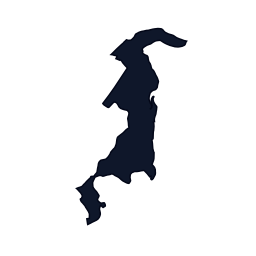 the district of Sibiu, Sibiu, Romania, rotated 201°
{"feature_id": "2599482B4700394891348", "entity_name": "Sibiu", "entity_type": "district", "adm_level": 2, "iso_a3": "ROU", "parent_name": "Romania", "parent_adm1": "Sibiu", "projection": "mercator", "projection_center": [23.934, 45.655], "detail": "fine", "context": "isolated", "style": "filled", "palette": "ink", "viewbox_px": 256, "rotation_deg": 201, "n_neighbors": 0, "source": "geoboundaries", "source_scale": "gbopen_adm2", "svg_char_len": 5722}
<svg xmlns="http://www.w3.org/2000/svg" viewBox="0 0 256 256"><g transform="rotate(201 128 128)"><path d="M140.1,61.1L140.2,61.6L140.6,62.4L141.1,63.5L141.3,63.9L141.5,64.7L141.5,65.5L141.5,66.8L141.4,67.5L141.3,69.2L141.2,70.2L140.7,70.8L139.5,71.9L138.3,73.0L137.4,73.6L136.2,74.0L135.3,74.0L134.2,74.0L133.1,74.7L132.2,75.5L130.6,76.7L128.2,78.1L127.1,79.1L126.8,79.3L125.8,79.5L125.1,79.5L124.3,79.3L123.0,79.0L120.5,78.8L118.7,78.5L116.8,77.8L115.8,77.4L113.9,76.8L110.6,76.4L109.0,76.3L107.4,76.6L107.1,77.1L106.7,79.1L106.8,79.9L107.2,80.5L108.2,82.1L108.5,82.8L109.0,84.6L109.1,85.6L109.0,86.3L108.8,86.8L108.5,87.5L108.2,87.9L106.3,89.7L103.6,90.8L101.9,91.8L100.4,92.8L98.0,94.1L97.4,94.0L93.7,92.3L90.2,90.2L89.4,91.2L88.8,90.0L88.5,88.7L88.0,88.3L87.7,88.2L87.4,88.2L87.2,88.3L86.8,88.8L86.6,89.4L86.4,89.8L86.3,90.7L85.9,94.1L86.0,94.5L86.1,95.2L86.4,96.1L86.8,96.9L87.3,98.1L87.7,99.0L89.0,100.5L89.5,100.9L90.0,101.2L92.2,102.4L92.7,102.9L92.5,103.6L92.6,107.1L92.9,108.8L93.7,111.1L94.9,114.4L95.7,115.1L96.8,116.7L97.4,117.5L98.3,119.4L99.8,122.6L101.6,125.8L100.9,126.6L100.9,127.3L102.4,131.6L103.0,133.5L103.2,134.9L104.3,138.7L105.5,141.4L106.5,142.6L105.5,143.4L105.9,144.0L106.2,144.8L106.7,145.9L107.0,148.2L107.0,150.3L107.1,151.3L107.7,153.8L107.9,155.2L108.2,156.1L108.5,157.4L108.6,157.7L109.0,158.4L111.2,159.7L112.6,160.8L113.5,161.6L114.8,163.5L115.1,164.5L115.2,165.3L115.2,165.8L115.0,166.1L115.0,166.4L115.2,166.6L115.6,166.6L115.8,166.5L116.2,165.7L116.4,164.2L116.4,163.3L115.9,161.4L113.6,158.1L113.3,157.3L113.2,156.6L113.2,155.2L113.4,154.3L113.6,153.9L113.8,153.8L114.0,153.9L113.9,154.2L113.5,155.3L113.6,156.1L113.9,156.9L114.3,157.5L115.4,158.6L116.6,159.7L118.2,161.7L118.8,162.6L119.5,164.8L119.9,168.5L119.1,170.7L117.7,172.6L116.7,173.1L115.9,174.1L115.5,175.3L115.3,176.5L115.8,178.7L116.0,180.7L116.2,182.2L116.8,183.1L118.2,184.8L119.5,186.1L120.9,187.2L123.1,189.4L124.7,190.7L125.4,191.1L125.8,191.2L126.2,191.3L126.6,191.5L127.2,191.9L128.3,193.3L128.9,194.3L130.4,196.0L132.1,197.2L133.0,198.3L134.0,199.9L134.6,201.1L135.2,201.8L135.8,202.2L136.4,202.4L137.6,202.3L138.9,202.5L140.6,202.8L141.3,203.3L141.5,203.7L141.5,204.5L141.8,205.1L142.2,205.7L142.5,206.0L142.9,206.7L143.0,207.1L142.8,207.9L141.9,209.6L140.1,212.0L138.3,213.6L137.5,214.2L136.6,215.2L135.5,216.9L134.1,218.6L133.2,219.4L132.0,220.1L130.1,221.1L129.0,221.4L127.8,221.2L126.1,220.8L124.3,220.5L122.3,220.3L118.5,220.2L113.4,220.7L110.4,221.6L108.7,222.5L106.8,223.7L105.3,225.2L104.8,225.9L104.6,226.9L104.7,228.6L104.5,229.7L104.4,230.1L105.9,229.9L106.3,229.8L107.2,229.7L108.9,229.7L110.4,229.7L111.9,229.6L114.8,229.7L115.9,229.9L118.7,230.6L119.6,230.6L120.2,230.6L123.5,230.3L124.4,230.3L126.2,230.5L126.7,230.5L127.4,230.6L128.1,230.8L129.5,231.4L130.4,232.0L132.0,232.5L132.9,232.4L134.0,232.1L134.7,231.9L135.9,231.5L139.1,229.8L140.3,229.1L142.3,227.7L144.0,226.5L145.9,225.6L147.9,224.2L149.8,223.1L151.9,221.4L154.2,218.7L154.5,218.2L154.6,217.3L154.7,216.0L154.7,215.5L155.3,213.9L156.1,212.1L156.7,211.2L157.0,210.9L159.2,209.9L160.5,209.8L161.0,209.8L161.3,209.3L161.6,208.5L162.4,207.0L162.9,205.5L163.8,203.9L164.9,201.7L166.8,197.8L169.7,191.3L170.1,190.5L168.8,190.8L167.5,190.9L166.9,190.9L166.1,191.1L165.4,191.2L164.5,191.1L163.9,191.1L163.9,190.4L164.1,188.4L163.7,188.4L161.9,188.4L160.4,188.3L160.4,188.5L160.4,188.8L159.7,188.8L159.1,188.7L158.9,188.6L158.5,188.5L158.1,188.4L157.3,187.9L156.8,187.4L156.2,187.0L152.9,185.2L151.4,184.5L150.5,184.1L150.1,183.7L155.1,161.0L157.5,151.6L160.3,141.9L159.8,141.5L158.7,141.0L158.1,140.8L157.3,140.7L156.6,140.5L155.5,140.3L154.7,140.1L154.1,140.1L153.6,140.2L153.2,140.6L151.8,144.0L151.2,145.5L150.7,146.6L150.4,147.1L149.7,147.4L149.0,147.6L147.9,147.4L147.4,147.3L146.4,146.6L145.7,146.1L144.7,145.2L144.0,144.6L143.5,144.3L142.7,144.0L141.7,143.7L140.9,143.7L139.6,143.7L138.0,143.8L136.8,144.0L135.4,144.2L135.1,144.2L134.9,144.2L133.5,143.4L132.8,142.8L132.4,142.1L132.1,141.1L131.9,139.7L131.9,138.9L131.7,137.1L131.5,136.5L130.4,134.6L129.8,133.6L129.0,132.0L128.4,130.6L127.6,129.4L127.2,129.0L127.1,128.6L127.9,127.5L129.0,125.9L129.4,125.0L130.5,122.4L131.1,121.2L132.4,119.1L134.1,116.3L134.4,115.5L134.4,114.7L134.3,113.5L133.8,111.4L133.4,109.8L133.2,108.6L133.2,106.1L133.2,105.2L133.4,104.5L134.2,102.7L135.3,99.6L135.4,98.6L135.4,97.3L135.9,95.0L136.4,93.3L137.1,91.8L137.4,91.2L137.7,90.9L138.0,90.6L140.8,88.8L141.6,88.3L142.0,87.8L142.4,86.9L142.7,86.1L142.8,85.3L142.8,84.1L142.3,82.0L141.9,79.4L141.2,76.2L141.1,75.4L141.4,74.4L142.0,72.8L142.4,71.2L142.8,70.6L144.6,69.8L145.2,69.4L145.3,68.2L145.5,67.4L146.0,66.6L147.5,63.3L148.5,60.5L149.2,59.3L149.5,58.1L150.0,57.0L150.8,56.2L151.7,55.4L152.8,54.6L154.4,53.1L153.1,52.6L150.6,51.3L149.1,50.6L147.7,49.6L146.7,48.7L146.2,48.1L146.2,45.5L146.3,45.4L146.7,45.1L147.0,44.7L146.9,44.3L146.6,43.9L145.7,43.0L145.4,42.7L144.9,42.4L143.5,41.8L142.7,41.3L140.3,40.0L139.1,38.9L137.7,37.9L134.8,35.7L133.9,34.7L133.3,34.1L133.1,33.6L131.7,29.8L133.9,28.5L131.3,23.9L131.0,23.5L129.1,25.6L128.6,26.1L128.2,26.7L126.4,28.6L124.6,30.5L124.3,31.0L123.7,31.7L123.5,32.0L123.3,32.7L122.9,33.9L122.8,35.1L122.8,36.3L123.0,37.7L123.5,38.8L124.2,39.9L125.2,41.4L125.5,41.8L125.7,42.4L125.8,43.1L125.9,44.1L125.9,45.5L125.4,46.2L124.8,45.7L123.8,45.2L122.8,44.9L122.5,45.3L121.4,46.7L121.3,46.9L121.3,47.2L121.5,47.7L122.0,48.5L122.5,49.0L123.0,49.4L123.1,49.5L123.3,49.6L123.6,49.6L125.4,48.6L125.9,48.3L126.3,48.0L128.8,48.7L130.2,49.4L130.7,50.1L130.9,50.6L130.9,50.9L130.9,51.6L130.9,52.6L130.7,53.1L130.8,54.3L131.0,54.6L131.8,55.2L134.6,57.3L136.5,58.2L138.6,59.5L139.3,60.2L139.7,60.6L140.1,61.1Z" fill="#0f172a" stroke="#020617" stroke-width="1.5"/></g></svg>